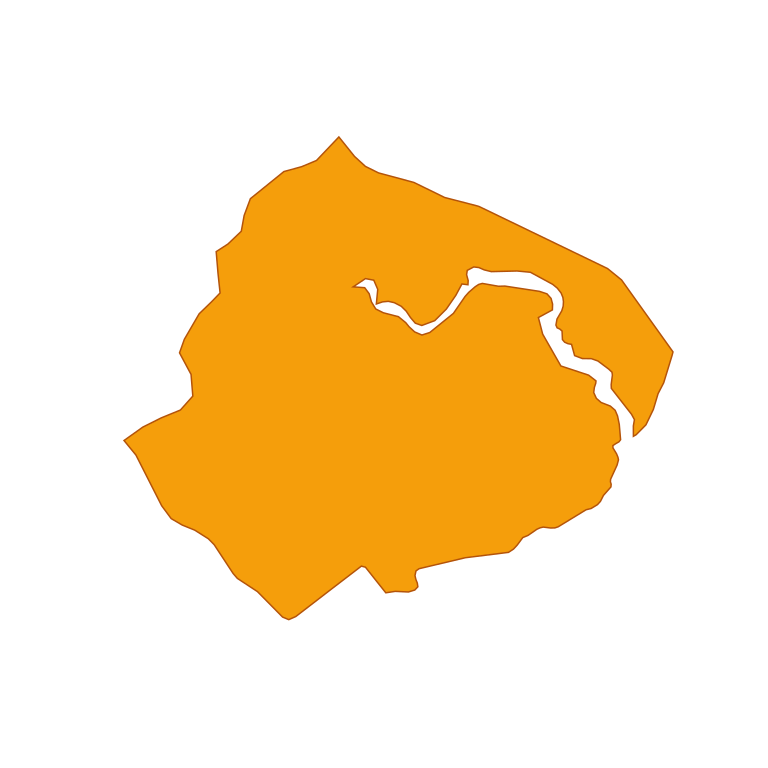 SVG path tracing the border of Sédhiou, rotated 231°
{"feature_id": "SEN-5514", "entity_name": "Sédhiou", "entity_type": "Region", "adm_level": 1, "iso_a3": "SEN", "parent_name": "Senegal", "parent_adm1": "", "projection": "albers", "projection_center": [-15.668, 12.909], "detail": "fine", "context": "isolated", "style": "filled", "palette": "amber", "viewbox_px": 768, "rotation_deg": 231, "n_neighbors": 0, "source": "natural_earth", "source_scale": "10m", "svg_char_len": 2475}
<svg xmlns="http://www.w3.org/2000/svg" viewBox="0 0 768 768"><g transform="rotate(231 384 384)"><path d="M604.4,504.4L579.4,504.3L564.8,506.5L551.5,512.6L521.8,534.1L490.8,548.5L463.6,568.6L462.1,569.6L333.0,630.4L315.4,634.1L227.1,628.8L227.0,628.7L224.8,625.7L208.9,602.1L204.0,590.9L194.7,577.3L187.4,561.8L185.9,548.0L186.4,544.9L194.5,551.4L198.7,556.2L204.7,557.3L237.5,557.9L240.6,560.2L247.2,567.1L249.7,568.6L254.2,568.0L267.3,564.7L273.2,561.1L278.9,554.2L286.1,550.0L296.8,554.7L299.6,552.3L302.8,550.7L306.2,550.6L313.1,555.7L316.1,555.2L318.7,553.9L321.6,554.7L325.6,559.3L329.0,568.2L331.7,572.2L335.1,575.3L338.7,577.5L343.3,578.9L349.5,579.0L355.3,577.8L378.7,568.1L388.1,558.5L403.8,538.1L409.6,533.7L414.8,531.0L418.5,527.4L419.9,520.2L417.0,517.0L411.4,514.5L408.3,511.7L412.7,507.5L407.7,495.6L403.0,479.6L401.3,463.3L405.7,450.2L411.6,446.6L418.9,446.4L426.6,447.1L433.6,446.3L440.7,443.2L445.5,439.4L448.7,434.6L451.0,428.4L461.5,438.7L471.1,441.4L477.6,435.9L478.9,421.2L471.0,429.6L463.5,429.3L455.7,425.9L447.5,424.8L439.8,428.3L427.2,437.6L418.0,439.5L412.8,439.5L405.2,440.6L398.2,444.3L395.2,452.0L395.2,482.4L401.0,502.1L401.9,507.5L402.2,516.0L401.8,520.2L400.3,523.7L387.9,534.5L384.0,539.6L358.2,563.1L351.5,567.4L345.4,567.7L340.0,565.3L335.6,561.5L338.5,545.8L322.9,538.7L286.7,532.8L262.1,548.6L253.0,550.7L251.3,549.0L249.0,545.4L245.4,541.6L239.2,540.0L233.0,541.1L224.4,546.0L218.1,547.1L212.2,545.4L204.5,541.4L191.8,532.8L191.2,530.2L191.8,526.5L192.1,523.1L190.2,521.7L183.4,520.8L179.8,519.7L177.5,518.5L174.3,514.1L167.4,500.2L165.5,498.4L163.2,497.5L161.2,495.6L159.3,484.4L156.6,478.4L155.9,474.0L156.9,466.6L159.1,461.9L163.4,429.5L164.6,426.3L167.2,422.9L172.6,417.7L174.0,414.8L174.9,411.4L175.7,400.6L177.3,395.2L175.0,386.2L174.2,380.8L174.8,374.8L197.8,337.9L218.4,295.0L218.6,291.2L215.6,287.5L212.1,285.8L208.3,284.6L205.1,282.7L204.5,278.3L207.0,272.1L215.8,262.2L220.6,254.0L234.2,254.1L253.3,254.3L256.7,251.8L257.7,214.5L257.9,206.3L258.8,169.1L260.8,161.7L266.7,158.5L302.3,155.0L325.2,147.7L331.6,147.5L366.0,150.9L374.3,150.1L389.6,144.9L401.4,138.4L413.3,133.9L429.3,134.6L484.9,146.5L503.7,146.4L502.3,169.4L497.9,189.4L491.9,209.4L494.9,227.8L512.9,240.1L536.9,244.7L544.4,257.0L554.9,284.6L556.4,301.6L557.9,313.9L574.4,324.6L592.5,336.9L591.0,350.7L592.5,369.2L603.0,381.4L612.1,396.8L612.1,415.3L612.1,439.9L604.7,456.8L600.2,472.2L604.4,504.4Z" fill="#f59e0b" stroke="#b45309" stroke-width="1.5"/></g></svg>